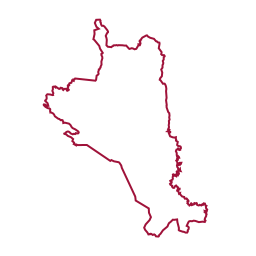 Bere, Worodougou, Ivory Coast (Albers equal-area conic projection), rotated 185°
{"feature_id": "98640826B43857880322183", "entity_name": "Bere", "entity_type": "district", "adm_level": 2, "iso_a3": "CIV", "parent_name": "Ivory Coast", "parent_adm1": "Worodougou", "projection": "albers", "projection_center": [-6.135, 8.377], "detail": "fine", "context": "isolated", "style": "outline", "palette": "rose", "viewbox_px": 256, "rotation_deg": 185, "n_neighbors": 0, "source": "geoboundaries", "source_scale": "gbopen_adm2", "svg_char_len": 5680}
<svg xmlns="http://www.w3.org/2000/svg" viewBox="0 0 256 256"><g transform="rotate(185 128 128)"><path d="M43.3,41.1L43.2,41.8L42.7,42.4L43.1,43.0L43.6,43.3L43.5,44.6L42.4,47.3L42.6,48.3L42.2,48.9L42.5,49.6L43.3,50.2L42.9,50.2L42.6,51.0L43.6,51.2L44.1,52.0L43.5,51.9L42.8,52.7L42.2,52.7L42.0,53.7L43.1,54.6L43.5,56.1L43.1,57.3L44.0,57.5L44.8,59.4L46.0,59.5L46.3,58.3L47.1,58.6L47.5,58.3L47.3,57.8L48.2,57.2L49.7,57.7L50.0,57.7L50.7,57.0L52.3,57.3L52.9,58.1L52.8,58.9L53.4,59.2L54.3,58.6L55.3,59.0L55.4,58.9L55.0,58.4L55.4,57.8L57.8,56.7L58.2,57.2L57.9,58.1L58.5,58.5L58.7,58.3L58.8,57.1L60.0,56.2L60.3,56.8L61.3,57.1L61.6,57.9L62.3,58.3L62.0,59.1L62.3,59.8L61.4,60.1L61.4,60.7L61.8,61.3L62.4,61.5L62.8,62.3L63.3,62.4L63.6,62.9L65.1,62.5L65.7,63.2L66.0,64.2L68.1,64.5L70.4,66.6L70.4,67.6L71.4,66.9L72.1,68.8L72.8,69.5L73.6,69.8L73.1,71.7L71.8,71.0L71.3,71.3L71.3,72.0L72.5,71.9L72.8,72.8L73.5,73.2L73.5,73.7L74.2,74.0L75.1,74.9L76.2,74.0L76.7,72.5L77.4,72.3L78.0,72.4L79.0,73.4L78.9,74.3L80.8,75.2L81.3,76.0L81.0,76.4L80.0,76.9L79.7,77.9L79.8,78.2L81.1,78.7L81.3,79.1L79.2,80.4L78.9,81.4L79.2,82.6L79.1,83.9L77.6,84.5L78.8,84.7L79.2,85.5L78.9,85.8L78.0,85.4L76.9,85.6L76.4,84.4L75.9,84.2L76.0,85.3L75.6,86.3L75.0,85.7L75.1,85.1L74.2,85.0L73.8,86.1L73.4,86.5L73.3,87.4L73.5,87.6L75.5,88.2L75.7,88.8L75.5,89.1L74.7,89.2L73.6,89.9L71.9,89.7L72.4,90.5L72.6,91.5L73.2,90.4L74.2,90.7L74.5,91.3L74.5,92.4L75.5,93.4L75.9,94.8L73.7,95.8L73.1,95.8L72.9,96.5L72.2,96.8L71.9,98.0L73.6,97.8L75.1,96.1L75.8,96.0L75.7,97.8L77.0,99.7L75.5,100.7L75.6,101.1L76.5,101.5L76.4,101.8L75.3,102.6L74.4,102.8L74.7,103.5L75.5,104.2L75.8,103.4L76.5,103.5L77.1,105.3L77.3,107.4L78.3,109.1L77.8,110.7L77.0,110.9L76.3,112.1L76.0,112.0L75.6,110.9L75.0,110.5L74.1,110.8L74.2,111.5L73.6,112.2L73.5,112.7L73.9,113.9L74.2,114.2L76.8,114.6L77.6,115.4L77.2,118.5L79.1,119.6L79.0,120.6L79.4,121.3L79.5,123.0L80.9,122.5L82.6,122.6L85.3,123.4L86.9,126.5L85.6,127.3L85.6,127.8L86.7,128.2L88.3,128.2L87.4,129.1L86.7,129.4L86.5,129.9L86.9,130.2L87.9,130.4L87.2,132.4L87.7,134.3L87.5,136.5L87.9,138.6L87.3,140.0L87.9,142.3L87.7,143.8L88.2,146.4L89.3,147.4L91.3,151.8L91.6,153.9L91.4,154.2L92.5,158.9L92.2,161.4L93.3,168.1L93.2,170.3L93.7,172.4L94.3,173.9L95.3,175.3L95.9,175.4L97.0,175.1L99.7,178.3L100.6,178.8L100.3,180.3L98.8,182.5L98.7,186.2L100.0,189.2L98.9,191.1L99.1,193.7L98.6,194.8L98.5,195.9L99.2,197.8L98.4,199.3L98.6,201.6L97.9,202.3L97.7,202.8L98.4,203.7L100.4,203.6L101.4,204.5L101.1,205.7L101.2,206.6L104.3,210.1L103.9,214.7L104.2,215.8L105.8,215.9L106.8,216.8L107.7,216.9L109.9,219.1L113.7,219.8L116.0,220.8L117.1,221.9L117.8,221.8L121.6,219.3L122.6,217.8L122.6,217.1L123.7,216.3L123.5,215.6L124.0,215.5L124.0,215.2L122.9,213.6L123.3,211.7L123.5,211.4L124.0,211.4L124.5,212.4L124.9,212.3L124.5,211.4L125.2,210.6L126.6,207.6L128.3,207.0L130.1,207.7L131.3,207.8L133.4,206.9L133.9,207.1L137.0,210.0L138.3,209.8L140.7,209.9L144.6,209.7L145.5,209.3L146.5,209.6L148.0,209.2L148.9,209.2L149.7,209.0L150.0,208.4L151.2,207.7L151.6,207.1L155.2,207.2L156.7,208.5L156.8,213.9L157.3,215.8L158.2,217.8L157.2,220.6L156.3,221.6L156.3,222.3L157.2,223.7L160.3,227.0L161.5,227.7L162.8,227.5L163.6,228.4L164.1,229.6L164.3,230.7L164.9,231.3L164.7,232.4L165.4,233.5L169.1,233.0L170.2,229.8L168.3,226.1L165.8,224.3L170.1,222.4L169.5,218.7L170.2,213.4L169.3,212.9L163.8,207.3L162.7,204.5L159.7,200.6L160.2,199.9L161.0,199.4L160.8,198.2L159.9,196.8L159.6,195.3L160.3,191.9L159.9,188.8L160.7,186.6L160.6,185.9L161.3,184.9L161.3,184.4L162.2,183.8L162.1,182.8L162.5,181.8L162.5,180.9L162.0,179.4L162.4,178.6L163.8,177.4L164.0,173.2L164.6,172.3L185.0,172.7L185.5,171.8L186.8,171.6L186.8,171.1L186.2,170.6L186.2,170.2L187.8,170.6L188.4,168.1L190.2,167.5L190.5,166.7L190.2,165.5L190.4,165.3L191.2,165.6L191.6,165.3L191.7,164.8L191.2,163.4L191.5,163.0L191.4,162.1L190.3,160.9L190.5,160.5L191.8,159.8L192.2,160.1L192.7,161.7L194.9,161.4L195.8,160.2L196.6,160.8L196.8,161.9L197.2,162.1L198.7,162.2L199.4,161.0L200.3,161.0L203.2,162.7L203.2,162.2L203.5,161.9L205.0,162.9L206.2,162.6L206.5,162.3L206.2,160.1L206.6,158.4L205.4,156.2L205.8,154.7L205.6,154.3L205.9,154.2L208.5,154.6L211.1,154.6L211.6,154.3L212.3,153.1L211.8,152.0L211.6,150.2L212.1,148.9L212.9,148.2L212.9,147.8L210.3,145.7L209.3,143.1L210.5,142.8L212.3,144.0L212.9,144.2L213.9,144.1L214.0,143.7L213.8,143.3L212.0,141.8L210.2,141.0L209.0,140.6L208.4,140.8L207.4,140.3L207.1,139.9L207.1,138.1L206.7,136.8L206.4,137.0L203.8,135.9L202.8,134.9L201.9,133.3L198.2,131.1L197.2,131.0L195.7,129.9L194.9,130.2L194.0,130.1L193.9,129.6L193.2,129.0L192.9,127.3L191.3,127.8L187.2,127.2L185.6,126.0L184.3,124.1L183.2,123.1L180.3,122.0L177.2,120.2L176.7,119.4L177.0,118.5L177.4,118.2L179.6,118.3L179.8,117.5L180.2,117.3L181.5,117.5L182.4,116.9L184.7,117.6L185.4,118.4L186.7,119.2L187.6,119.3L189.0,118.7L190.0,117.4L191.0,116.9L190.9,116.6L188.9,116.2L187.3,114.9L184.1,113.9L181.7,112.2L182.3,110.1L180.4,108.7L180.3,107.8L180.6,107.3L178.4,106.3L178.4,107.1L178.1,107.1L176.7,106.6L167.5,107.5L142.8,93.7L141.8,94.6L139.1,93.6L134.3,93.1L133.6,92.7L131.5,90.1L130.7,87.8L114.8,60.3L114.0,56.4L100.3,49.7L99.7,45.4L97.4,41.2L98.5,38.1L102.0,33.5L103.2,30.1L102.1,28.1L99.5,25.5L98.4,23.8L98.0,24.0L97.6,23.9L97.2,24.3L96.2,24.2L96.0,24.6L95.5,24.5L94.0,23.6L92.7,24.3L91.7,23.8L90.7,22.5L88.3,22.5L87.9,22.8L87.6,24.1L86.4,25.4L84.3,29.1L80.1,33.3L79.4,35.6L78.6,37.2L77.7,37.8L75.3,40.6L74.2,40.5L71.1,41.2L70.6,38.6L68.6,32.9L68.5,30.7L67.9,30.3L64.1,29.4L63.5,29.5L61.4,28.8L59.9,29.0L59.4,30.3L59.6,31.3L58.8,32.6L58.8,34.3L59.5,35.0L61.0,35.6L59.6,39.5L58.9,40.4L57.9,40.7L56.1,40.7L54.5,41.4L52.8,41.3L49.2,40.4L45.6,41.2L43.3,41.1Z" fill="none" stroke="#9f1239" stroke-width="2"/></g></svg>